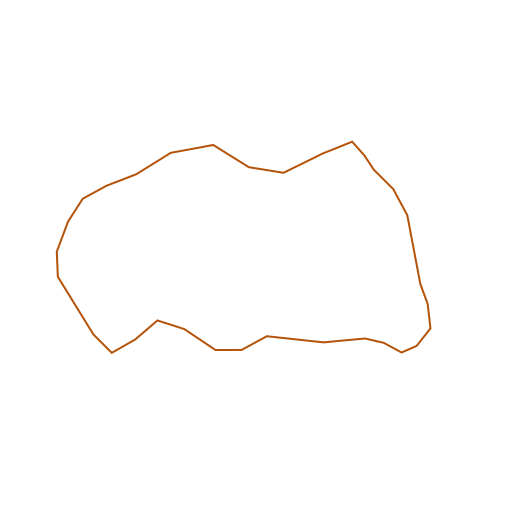 SVG path tracing the border of Taipei City, rotated 110°
{"feature_id": "TWN-1166", "entity_name": "Taipei City", "entity_type": "Special Municipality", "adm_level": 1, "iso_a3": "TWN", "parent_name": "Taiwan", "parent_adm1": "", "projection": "albers", "projection_center": [121.562, 25.088], "detail": "fine", "context": "isolated", "style": "outline", "palette": "amber", "viewbox_px": 512, "rotation_deg": 110, "n_neighbors": 0, "source": "natural_earth", "source_scale": "10m", "svg_char_len": 568}
<svg xmlns="http://www.w3.org/2000/svg" viewBox="0 0 512 512"><g transform="rotate(110 256 256)"><path d="M264.4,67.3L285.5,74.3L296.9,86.2L293.9,106.1L296.2,125.2L304.7,143.3L314.0,162.8L327.7,218.4L349.2,237.4L358.2,261.9L349.2,298.4L350.3,326.6L375.7,340.9L396.3,358.4L385.3,382.0L343.3,435.1L320.1,444.7L288.0,444.4L261.4,438.4L241.1,420.5L220.0,396.4L188.2,371.4L166.3,334.2L175.0,293.1L168.4,258.6L136.6,228.1L115.7,204.7L124.6,188.3L134.5,175.0L146.2,149.9L165.9,127.8L226.1,92.0L242.3,78.3L264.4,67.3Z" fill="none" stroke="#b45309" stroke-width="2"/></g></svg>